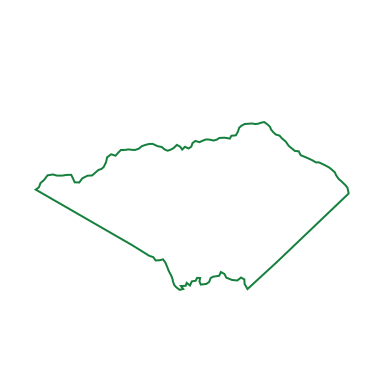 Igarapé do Meio, Maranhão, Brazil, rotated 25°
{"feature_id": "56859067B89604719591718", "entity_name": "Igarapé do Meio", "entity_type": "district", "adm_level": 2, "iso_a3": "BRA", "parent_name": "Brazil", "parent_adm1": "Maranhão", "projection": "mercator", "projection_center": [-45.138, -3.653], "detail": "fine", "context": "isolated", "style": "outline", "palette": "green", "viewbox_px": 384, "rotation_deg": 25, "n_neighbors": 0, "source": "geoboundaries", "source_scale": "gbopen_adm2", "svg_char_len": 1836}
<svg xmlns="http://www.w3.org/2000/svg" viewBox="0 0 384 384"><g transform="rotate(25 192 192)"><path d="M180.1,267.9L184.4,267.4L187.9,269.4L191.4,267.6L194.2,265.3L197.5,267.1L200.8,270.0L204.2,273.3L208.0,276.2L210.6,278.5L212.8,281.4L215.4,283.9L218.1,285.0L222.2,285.9L225.0,283.6L221.7,281.9L225.9,279.7L225.6,276.6L229.7,277.6L229.6,273.1L232.8,270.9L232.9,267.7L235.7,266.5L236.5,269.8L239.1,272.2L243.9,269.2L245.6,266.2L245.3,262.0L247.0,259.8L252.0,256.5L252.0,252.3L256.1,252.6L259.2,255.1L265.5,254.8L270.5,253.0L272.6,248.8L276.4,249.1L278.5,253.1L283.3,256.5L298.4,219.9L331.1,136.1L334.6,127.2L333.0,124.9L330.9,122.3L328.2,121.0L323.3,119.3L319.2,118.1L315.5,115.9L313.3,113.9L309.6,112.7L305.8,111.8L302.4,111.6L298.4,111.5L294.4,111.5L291.9,112.8L287.6,112.4L282.4,112.4L274.9,112.7L271.5,110.0L267.9,111.3L260.1,109.3L255.7,106.7L250.6,105.3L247.5,103.9L243.6,104.5L240.3,103.4L237.3,102.0L235.3,100.1L232.5,99.0L227.9,98.1L225.4,99.9L223.3,102.0L220.8,103.6L217.3,104.6L214.5,106.2L211.0,108.1L208.8,111.0L207.6,113.9L208.1,117.8L207.8,122.1L203.9,124.4L203.7,127.6L198.6,129.0L193.9,131.5L192.4,134.0L189.9,136.2L185.8,137.1L182.5,138.4L180.1,140.9L177.7,143.7L173.5,144.3L171.8,147.5L172.2,151.1L170.5,154.0L166.5,154.0L165.2,157.7L162.3,156.0L158.4,155.7L156.8,159.9L154.6,162.9L152.4,164.9L149.2,165.0L145.5,164.0L141.5,165.0L136.2,165.0L133.1,166.4L130.0,168.9L127.2,171.7L125.4,175.3L122.6,178.0L119.9,179.1L116.3,180.3L113.5,182.2L109.8,184.0L108.5,187.6L107.4,191.4L102.8,192.0L100.4,196.5L101.5,201.3L101.4,206.6L100.2,209.4L97.9,211.5L95.9,216.0L94.5,219.2L90.4,221.4L86.8,226.0L85.8,231.0L81.6,232.8L78.4,230.0L75.3,227.5L71.5,229.3L67.4,232.0L62.4,234.3L58.5,234.9L54.0,238.0L52.9,243.4L50.9,248.0L51.3,252.4L49.4,255.9L160.4,265.5L180.1,267.9Z" fill="none" stroke="#15803d" stroke-width="2"/></g></svg>